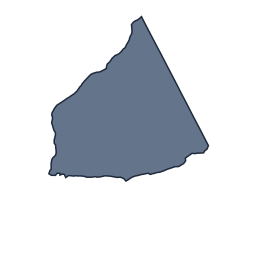 outline of Santa Maria do Pará, Pará, Brazil, rotated 225°
{"feature_id": "56859067B50427608563835", "entity_name": "Santa Maria do Pará", "entity_type": "district", "adm_level": 2, "iso_a3": "BRA", "parent_name": "Brazil", "parent_adm1": "Pará", "projection": "natural_earth1", "projection_center": [-47.504, -1.366], "detail": "fine", "context": "isolated", "style": "filled", "palette": "slate", "viewbox_px": 256, "rotation_deg": 225, "n_neighbors": 0, "source": "geoboundaries", "source_scale": "gbopen_adm2", "svg_char_len": 1746}
<svg xmlns="http://www.w3.org/2000/svg" viewBox="0 0 256 256"><g transform="rotate(225 128 128)"><path d="M192.0,130.6L191.7,126.9L191.1,125.0L191.1,122.8L190.2,118.3L190.3,114.1L191.1,110.2L191.5,107.7L192.1,105.7L192.4,103.5L193.2,99.3L194.4,93.6L193.8,89.6L193.0,87.2L192.5,85.2L191.1,83.2L189.5,82.5L188.1,81.4L185.7,77.7L182.0,75.8L180.1,74.7L178.2,73.8L176.2,73.5L174.5,71.9L171.6,67.2L169.3,65.0L167.4,64.8L166.0,63.7L164.6,62.5L163.1,61.4L161.7,60.1L160.3,58.3L159.9,56.2L160.1,54.0L159.5,51.8L158.3,50.0L156.9,48.1L153.4,44.8L153.1,42.6L151.6,39.7L148.7,40.4L145.8,43.2L146.1,45.9L144.2,47.8L142.8,46.6L141.9,48.9L140.1,50.2L137.0,48.9L136.4,52.3L134.1,54.3L132.6,55.4L131.2,57.3L129.2,58.9L128.0,60.3L126.6,61.4L125.0,62.8L122.5,63.9L118.8,67.6L116.8,70.5L115.2,71.3L113.0,73.9L110.5,77.9L106.5,81.4L102.3,84.3L100.4,85.7L98.7,87.8L95.0,89.3L92.0,89.0L91.4,91.0L90.6,95.2L89.3,98.6L87.4,101.4L86.0,104.0L84.5,106.2L81.8,110.2L79.3,111.0L78.5,112.9L77.3,114.4L76.3,116.7L74.4,119.0L72.6,122.6L71.0,126.7L69.1,130.5L67.4,133.9L64.9,136.6L63.5,142.3L64.0,145.5L66.2,147.3L64.8,155.4L62.9,156.9L61.0,159.4L57.0,163.8L57.6,166.4L57.2,169.0L58.7,172.4L75.0,177.6L92.9,183.2L103.7,186.7L114.3,190.0L128.5,194.6L143.8,199.4L157.3,203.7L164.2,205.8L182.8,211.6L195.3,215.6L197.2,216.3L197.4,212.5L197.9,210.6L198.8,208.3L199.0,206.2L198.6,203.5L194.7,200.3L193.3,198.9L192.1,197.2L191.4,194.9L190.6,193.0L189.5,191.3L188.9,189.5L187.8,185.2L186.8,182.8L187.2,180.5L186.8,178.0L186.9,173.8L188.4,170.0L188.5,165.7L188.0,163.7L187.7,161.4L187.9,158.6L186.8,156.5L185.4,154.8L186.3,151.6L187.2,148.7L188.2,146.8L189.6,145.3L190.5,143.5L191.6,141.5L192.2,139.4L192.2,137.3L192.0,130.6Z" fill="#64748b" stroke="#1e293b" stroke-width="1.5"/></g></svg>